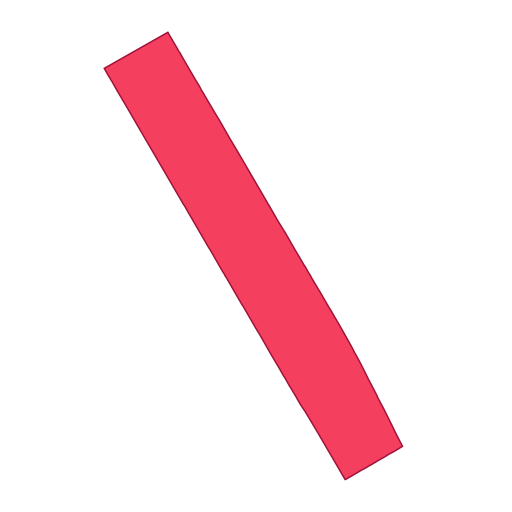 Melchor de Mencos, Petén, Guatemala, rotated 330°
{"feature_id": "79465075B26662084929959", "entity_name": "Melchor de Mencos", "entity_type": "district", "adm_level": 2, "iso_a3": "GTM", "parent_name": "Guatemala", "parent_adm1": "Petén", "projection": "natural_earth1", "projection_center": [-89.228, 17.318], "detail": "fine", "context": "isolated", "style": "filled", "palette": "rose", "viewbox_px": 512, "rotation_deg": 330, "n_neighbors": 0, "source": "geoboundaries", "source_scale": "gbopen_adm2", "svg_char_len": 1498}
<svg xmlns="http://www.w3.org/2000/svg" viewBox="0 0 512 512"><g transform="rotate(330 256 256)"><path d="M287.7,494.1L288.0,488.1L288.7,474.6L288.9,474.4L288.9,472.9L290.2,452.8L290.6,440.0L291.0,437.0L291.5,425.9L291.7,420.1L291.7,418.2L291.9,417.6L292.0,415.3L292.1,413.8L292.2,411.7L292.3,410.5L292.5,407.3L292.5,406.7L292.8,401.9L293.0,396.2L293.1,388.6L293.4,383.5L293.7,361.4L293.7,350.3L293.6,349.9L293.7,339.3L293.5,338.8L293.5,317.2L293.3,316.5L293.4,315.5L293.2,301.7L293.4,300.6L293.2,297.3L293.2,296.0L293.2,295.3L293.3,289.7L293.1,288.8L293.0,274.0L292.9,269.7L293.0,250.9L292.5,236.7L292.6,218.1L292.5,217.4L292.5,206.9L292.5,206.0L292.5,204.6L292.3,157.1L292.1,140.2L292.2,121.6L292.0,112.8L291.8,90.4L291.8,86.9L291.7,84.9L291.9,80.0L291.7,73.4L291.6,51.8L291.7,41.3L291.5,40.8L291.6,35.7L291.5,29.9L291.5,18.2L218.4,17.6L218.3,25.5L218.5,32.9L218.4,43.3L218.6,65.7L218.6,81.6L218.9,145.4L219.0,175.7L219.2,176.3L219.1,181.4L219.2,181.9L219.1,182.7L219.2,209.1L219.2,225.5L219.4,225.8L219.3,252.1L219.5,256.8L219.3,257.4L219.5,259.0L219.5,279.6L219.5,286.2L219.5,291.6L219.7,292.5L219.7,317.8L219.9,325.2L219.8,350.0L220.0,363.8L219.9,374.3L220.1,375.2L220.0,385.6L220.1,387.2L220.3,399.6L220.2,400.0L220.2,406.8L220.8,415.5L221.2,443.8L221.1,444.8L221.2,448.6L221.3,466.9L221.4,494.1L221.7,494.3L231.1,494.3L239.0,494.2L247.3,494.4L248.8,494.2L251.7,494.4L259.1,494.2L266.8,494.3L272.4,494.1L276.7,494.3L287.7,494.1Z" fill="#f43f5e" stroke="#9f1239" stroke-width="1.5"/></g></svg>